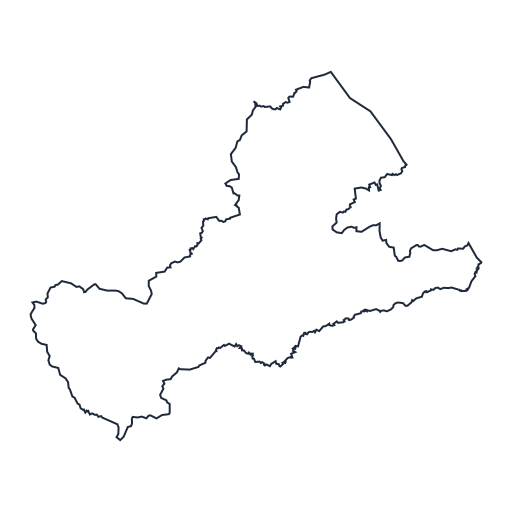 the district of Pa Bon, Phatthalung, Thailand
{"feature_id": "78962969B61161891494947", "entity_name": "Pa Bon", "entity_type": "district", "adm_level": 2, "iso_a3": "THA", "parent_name": "Thailand", "parent_adm1": "Phatthalung", "projection": "mercator", "projection_center": [100.157, 7.236], "detail": "fine", "context": "isolated", "style": "outline", "palette": "slate", "viewbox_px": 512, "rotation_deg": 0, "n_neighbors": 0, "source": "geoboundaries", "source_scale": "gbopen_adm2", "svg_char_len": 6049}
<svg xmlns="http://www.w3.org/2000/svg" viewBox="0 0 512 512"><path d="M253.6,101.3L255.3,103.1L255.5,106.9L252.9,110.5L251.8,114.7L246.9,119.4L246.6,131.4L241.7,135.4L239.9,140.0L237.4,141.4L235.6,147.9L230.9,154.1L231.8,161.5L235.9,167.1L237.5,172.3L239.0,174.3L238.7,178.9L230.6,180.0L225.4,183.5L226.7,185.9L229.7,186.2L231.8,187.6L233.5,193.4L234.4,193.2L237.6,195.5L239.3,195.5L238.7,200.1L235.1,205.0L236.7,205.5L236.6,206.3L238.7,207.7L239.9,214.5L230.1,217.8L230.0,218.7L226.2,219.3L225.3,221.2L223.5,222.0L221.4,220.8L219.2,220.9L216.3,216.9L208.3,218.2L207.8,219.3L205.5,218.5L204.6,219.6L203.8,219.4L203.7,221.2L203.0,221.6L203.3,225.7L201.5,227.9L202.8,231.1L202.0,232.7L200.2,233.4L200.7,236.6L201.6,237.6L200.7,238.4L201.4,240.3L198.6,243.5L197.4,243.1L197.3,245.5L196.2,246.5L195.1,246.2L193.2,249.1L192.3,248.1L190.6,248.4L190.6,249.7L189.7,249.9L190.4,252.4L191.7,253.7L190.3,254.2L190.1,256.4L184.5,257.5L180.3,261.7L177.6,262.4L175.0,261.6L171.3,263.2L170.0,265.1L170.5,267.4L167.2,267.6L164.6,271.6L156.2,272.9L156.3,276.6L148.8,280.7L148.7,286.0L151.1,290.8L151.7,294.1L146.8,303.6L143.8,303.6L133.1,298.9L125.8,298.3L122.0,293.4L118.8,291.3L115.8,290.6L107.3,290.6L99.5,288.8L95.6,284.2L94.4,284.3L87.3,289.6L85.4,292.0L84.1,292.2L83.2,289.2L79.4,286.4L76.4,286.9L71.0,283.3L61.8,281.1L57.9,284.6L55.4,285.1L54.6,286.7L50.6,287.5L47.5,293.4L47.8,297.4L45.7,299.5L46.2,301.8L45.4,303.1L42.7,303.7L36.3,301.6L32.5,302.5L34.3,304.9L34.5,307.8L30.7,314.0L30.8,316.0L31.5,318.6L35.7,325.1L33.0,329.4L33.2,330.7L35.9,333.3L36.1,338.7L38.1,341.8L41.8,343.9L46.6,344.9L47.2,351.8L49.7,356.1L48.4,360.3L49.7,364.6L52.0,366.4L58.3,368.0L60.1,374.8L65.6,378.4L68.0,382.1L68.7,387.9L69.9,389.4L72.4,396.5L74.5,397.6L77.6,403.6L79.5,404.6L80.6,408.2L83.3,410.0L83.9,409.6L85.3,412.6L86.7,410.7L87.3,411.5L88.2,410.9L89.9,414.5L92.1,413.4L95.1,414.9L96.8,414.6L98.4,416.8L101.1,416.1L102.3,417.6L117.4,424.3L118.6,427.5L118.3,434.1L116.6,437.2L120.2,440.1L123.6,436.8L127.8,427.0L131.1,426.1L132.0,423.5L131.9,418.5L132.8,416.9L137.5,417.5L141.7,416.6L146.4,418.3L148.5,415.8L150.3,415.3L156.5,418.4L162.1,415.0L168.8,414.2L169.7,412.9L169.7,404.0L167.3,402.5L166.3,400.3L161.2,397.9L160.1,394.8L163.4,388.7L162.3,386.2L164.4,383.7L163.0,381.0L166.5,379.6L170.6,379.2L172.1,376.5L176.9,372.4L178.8,368.4L180.2,369.2L189.7,369.6L198.3,367.0L199.6,365.3L205.4,362.8L205.6,360.7L208.1,357.4L210.0,357.9L215.7,351.1L216.4,351.1L216.1,349.6L217.0,348.1L218.1,348.3L218.8,347.5L220.1,348.0L224.0,344.9L224.9,345.9L229.1,343.7L234.6,346.5L236.1,344.1L237.2,346.2L238.9,345.2L241.2,346.3L239.7,348.0L242.0,348.4L242.0,350.3L243.7,350.3L246.4,353.3L248.2,353.7L248.9,352.6L250.2,354.3L250.4,353.6L252.6,353.7L252.1,354.6L253.0,355.3L252.2,356.3L252.7,358.6L253.9,358.7L255.3,362.0L259.6,361.6L260.8,363.0L262.1,362.1L264.4,363.7L264.0,364.8L264.8,365.5L266.7,364.5L269.9,366.2L271.3,363.9L275.6,361.2L276.3,363.8L278.7,364.1L279.5,366.2L280.4,366.5L283.1,363.9L282.5,362.8L283.6,362.3L285.2,363.0L285.7,361.8L284.8,361.1L287.6,358.1L290.6,357.0L291.2,357.7L292.4,357.5L291.1,353.8L295.2,352.1L293.0,350.9L293.5,350.0L292.7,348.6L294.1,347.9L295.2,348.7L295.5,348.0L294.6,347.0L295.4,345.9L298.0,346.4L300.6,336.7L302.3,335.4L303.3,335.8L304.1,332.9L305.5,332.8L305.6,333.9L307.1,334.3L308.5,332.3L310.0,331.8L312.4,332.0L314.1,330.8L315.0,332.3L316.4,329.7L319.2,331.1L323.2,326.4L325.7,326.1L329.2,323.7L329.4,325.2L332.3,325.8L334.3,325.1L333.4,323.9L336.8,321.4L338.0,322.8L343.1,322.3L344.6,321.4L343.7,320.1L346.0,318.3L348.5,318.5L349.1,320.1L351.2,319.6L354.0,317.5L353.7,316.6L354.8,314.8L360.8,313.2L361.3,311.5L363.7,311.3L363.6,310.4L365.2,309.6L365.9,309.8L365.5,310.9L366.6,310.5L367.1,311.2L367.6,310.3L369.9,311.0L376.1,309.1L379.2,310.6L380.2,311.9L381.1,310.8L383.8,310.4L386.9,311.3L390.8,309.5L393.2,307.2L393.5,305.1L395.4,303.3L398.0,302.5L402.9,303.1L405.6,305.9L407.5,305.7L411.4,302.4L412.2,300.2L413.1,301.1L416.2,298.4L421.9,296.7L422.8,293.7L424.7,291.5L426.2,291.2L426.2,292.1L427.3,292.1L431.0,290.3L431.0,289.4L433.6,289.8L435.3,288.0L437.9,287.6L440.3,289.1L443.7,287.8L448.7,288.1L451.4,287.5L459.7,290.0L459.9,290.6L461.1,290.4L461.3,291.1L466.1,290.9L467.5,290.1L468.0,289.1L467.2,288.9L469.0,287.8L471.5,281.2L475.4,276.1L474.6,274.0L475.2,272.7L476.2,272.7L475.8,271.9L476.7,271.6L476.7,269.6L477.3,270.1L478.7,268.2L477.4,267.3L478.5,265.9L478.4,264.5L481.0,263.0L481.3,262.2L476.7,257.5L468.5,243.0L467.4,245.4L464.7,246.5L463.2,248.7L458.0,248.5L457.2,249.8L455.6,249.3L451.1,251.2L442.2,248.8L436.6,250.3L433.1,250.2L424.3,245.0L420.3,246.7L418.8,246.4L417.7,245.0L416.4,245.1L411.0,248.4L409.9,251.0L410.3,252.8L409.4,256.7L404.9,257.5L402.2,260.5L400.0,261.0L398.1,260.7L396.4,257.0L394.8,255.7L393.7,247.6L389.2,246.8L386.4,243.0L386.1,239.9L382.7,240.7L380.7,237.5L379.5,230.9L379.7,223.4L376.1,225.3L373.1,225.2L369.6,226.7L361.5,231.8L356.4,231.2L356.5,227.3L354.1,227.8L351.5,226.7L347.5,227.5L344.2,229.9L341.8,233.1L336.8,232.4L332.6,229.5L332.4,226.4L336.6,222.6L336.1,218.4L336.7,214.3L339.9,211.8L342.8,212.6L344.0,211.4L345.4,211.8L346.5,209.5L348.3,209.2L350.7,207.0L349.8,205.6L350.0,204.3L354.8,202.1L353.7,199.5L355.9,198.6L354.7,188.6L361.3,187.5L366.1,188.6L369.0,190.4L368.9,187.2L370.1,187.1L369.2,184.6L374.5,182.5L375.8,184.9L377.2,184.4L378.7,190.6L380.6,190.0L379.7,188.5L380.9,185.8L379.5,182.8L379.5,180.5L381.0,177.7L384.7,177.2L387.2,174.0L392.0,175.1L392.5,173.9L394.5,175.1L395.9,174.2L397.1,175.0L401.0,173.3L402.3,171.1L401.4,169.2L401.9,168.0L405.1,167.0L405.3,165.5L406.5,164.7L403.4,161.1L391.0,139.2L370.4,111.3L349.9,98.0L330.8,71.9L324.7,74.6L311.3,78.2L309.7,80.5L310.2,81.7L309.1,87.5L303.4,86.9L296.0,89.7L296.7,90.9L295.2,92.9L294.5,92.8L293.1,96.7L289.5,96.6L288.3,98.0L289.6,101.9L287.6,102.7L285.7,102.1L283.0,103.9L283.0,105.7L280.2,106.4L281.1,107.7L280.2,109.4L276.8,108.0L275.5,109.3L273.6,109.2L272.2,108.7L270.2,106.4L264.8,107.0L263.7,106.1L261.1,106.6L259.7,105.7L257.4,106.0L256.4,103.3L253.6,101.3Z" fill="none" stroke="#1e293b" stroke-width="2"/></svg>